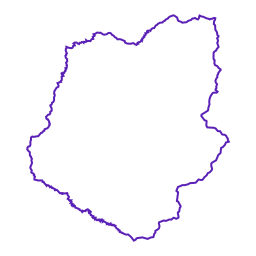 Mae Charim, Nan, Thailand
{"feature_id": "78962969B26100393225543", "entity_name": "Mae Charim", "entity_type": "district", "adm_level": 2, "iso_a3": "THA", "parent_name": "Thailand", "parent_adm1": "Nan", "projection": "orthographic", "projection_center": [101.038, 18.711], "detail": "fine", "context": "isolated", "style": "outline", "palette": "violet", "viewbox_px": 256, "rotation_deg": 0, "n_neighbors": 0, "source": "geoboundaries", "source_scale": "gbopen_adm2", "svg_char_len": 5683}
<svg xmlns="http://www.w3.org/2000/svg" viewBox="0 0 256 256"><path d="M173.1,15.4L169.6,16.7L168.3,17.8L168.1,18.4L165.5,19.7L165.2,20.5L163.4,21.4L162.5,22.5L160.1,22.7L157.8,23.9L157.3,24.7L155.6,25.6L154.2,28.1L152.6,28.2L151.2,29.3L150.4,30.9L149.3,30.5L148.5,30.9L147.9,30.6L147.3,30.8L147.0,31.7L147.8,32.4L147.0,32.6L146.6,33.2L145.4,33.2L145.7,34.7L145.1,35.4L144.3,35.4L144.4,36.7L143.6,36.9L143.7,37.6L143.0,38.3L142.2,38.5L142.3,39.8L141.6,39.9L141.8,41.1L141.1,40.9L139.8,42.1L138.3,42.3L137.5,43.0L138.1,43.8L136.8,44.2L136.5,44.9L135.2,44.4L133.4,43.1L130.3,43.8L127.0,43.5L125.0,42.5L124.8,41.1L120.9,39.4L119.7,39.2L117.4,39.3L116.3,37.8L115.0,37.3L113.4,35.5L112.0,34.9L111.1,33.5L109.9,32.9L108.4,33.0L106.9,34.1L104.8,34.7L103.0,34.4L100.6,32.7L99.6,32.9L98.1,32.6L96.8,32.7L95.6,33.6L93.6,34.2L94.7,35.6L94.4,36.1L93.7,36.2L92.7,36.8L93.3,38.9L91.6,39.2L90.4,41.1L88.7,40.9L87.7,41.2L86.2,40.2L86.4,41.3L85.8,42.0L84.0,41.8L83.7,42.8L83.1,42.2L81.8,42.0L81.1,42.8L79.7,42.8L79.0,44.1L77.7,43.5L76.6,42.5L74.8,42.5L73.5,43.4L74.4,44.3L74.8,45.5L73.2,45.8L72.6,47.6L71.6,48.2L68.9,47.8L66.4,46.8L66.5,48.3L65.9,48.7L65.7,50.5L66.9,53.5L66.1,54.1L66.2,55.2L65.4,55.9L65.8,57.8L67.1,59.1L67.2,61.4L66.0,62.8L66.9,64.9L66.5,65.3L66.9,66.0L66.7,67.7L65.5,68.1L66.2,69.0L65.5,69.7L65.6,70.8L65.0,71.0L65.0,71.5L64.3,72.0L64.2,73.0L63.4,73.4L62.4,72.8L61.5,73.4L61.7,74.1L63.1,75.0L63.5,75.9L62.1,76.2L62.1,76.7L61.6,76.9L61.9,79.8L60.6,81.3L61.0,81.9L57.5,83.0L58.6,85.7L58.3,86.9L56.6,87.6L54.4,91.2L54.1,93.8L54.7,94.5L54.7,95.8L54.0,97.3L54.1,100.4L53.3,102.0L52.1,102.6L51.6,104.6L50.4,105.2L50.5,106.4L51.6,108.1L51.7,110.7L50.2,111.9L50.3,113.5L49.6,114.4L48.2,114.7L46.0,116.9L46.5,118.8L48.0,119.4L48.1,120.1L48.6,120.4L49.3,121.9L49.1,122.7L49.8,123.5L49.3,124.4L49.7,124.9L48.1,127.6L46.7,128.6L44.6,129.2L44.3,130.8L43.2,131.1L42.3,132.6L41.0,132.9L38.3,136.1L33.5,136.9L32.3,136.5L31.0,137.5L31.0,140.0L30.4,141.3L30.4,145.0L29.7,146.3L28.2,146.6L27.4,147.7L27.5,148.5L27.2,149.2L28.0,150.5L29.8,152.2L29.9,155.5L31.1,156.7L31.2,157.9L31.9,158.7L31.4,160.6L32.1,162.9L30.3,167.2L30.6,168.6L31.8,170.5L31.3,172.4L32.6,173.3L33.4,173.5L34.2,174.6L33.8,175.4L35.0,176.6L34.4,177.9L34.4,179.5L38.2,180.5L42.1,180.4L42.6,181.1L42.5,181.9L44.0,182.2L44.4,183.4L46.0,184.7L46.1,185.2L46.6,185.2L46.7,185.6L47.2,185.1L48.3,185.3L48.4,185.7L49.3,185.9L49.9,187.2L51.2,186.6L51.7,187.8L52.4,187.7L52.6,188.1L53.0,188.0L54.1,188.7L54.6,189.5L55.1,189.4L55.1,190.2L56.9,189.9L60.0,193.3L61.1,193.0L62.2,194.0L62.9,193.8L62.9,193.2L65.0,193.5L67.1,193.0L67.5,193.6L67.4,194.6L69.0,197.0L67.7,198.9L68.9,199.6L69.1,200.2L70.9,200.3L70.1,201.1L70.7,201.7L71.2,201.3L71.5,201.5L71.6,202.3L71.0,202.9L71.6,202.9L72.2,203.8L71.5,204.8L71.8,205.6L72.2,205.6L73.1,204.3L73.5,204.3L73.8,204.8L73.5,206.3L75.0,206.1L75.3,207.6L78.0,208.5L78.7,209.1L79.5,209.2L79.7,210.0L81.5,210.9L82.1,211.9L82.7,210.8L83.4,211.3L84.1,210.9L85.6,211.1L85.9,210.1L87.7,209.3L88.7,210.4L88.4,210.8L88.9,212.6L89.4,212.1L90.1,212.0L90.0,211.1L90.8,211.8L89.8,213.3L90.9,214.5L90.8,215.2L93.2,216.1L92.4,217.3L93.1,218.0L94.1,217.7L94.4,218.4L94.6,217.6L95.7,217.6L95.6,219.4L96.9,220.2L97.5,219.7L98.6,219.6L98.5,220.2L99.4,220.4L100.1,221.2L100.4,219.9L101.3,220.6L101.5,219.7L101.8,219.5L102.0,220.1L102.6,220.2L102.2,220.6L103.2,221.0L103.0,221.7L103.7,221.3L105.1,222.0L106.8,223.2L106.8,223.7L107.2,223.4L107.5,223.9L108.4,223.6L108.6,224.4L109.0,224.1L109.5,224.4L110.5,223.6L110.6,224.5L111.1,224.2L111.5,224.6L112.3,224.3L111.8,224.8L112.7,224.8L112.5,225.3L113.2,225.4L113.4,224.9L114.5,225.2L114.7,225.7L115.5,225.8L115.3,226.6L116.7,228.5L118.6,229.6L118.5,230.4L119.8,230.6L119.8,232.0L121.5,232.3L121.6,232.8L122.9,233.1L124.4,234.1L126.3,234.6L128.2,234.5L131.0,236.9L133.9,240.6L135.6,239.7L136.5,238.4L137.3,238.1L142.3,237.4L147.7,238.9L150.6,237.5L153.4,237.1L154.3,233.8L155.4,232.5L155.4,230.8L157.7,229.5L159.0,228.3L159.5,226.2L158.8,223.1L159.2,222.2L163.9,220.5L166.0,220.9L169.3,219.5L171.4,219.6L173.4,217.8L174.3,217.9L176.2,218.8L178.1,217.9L178.6,217.1L177.8,212.9L178.0,212.3L179.2,211.5L179.8,207.8L180.6,206.8L180.6,206.1L178.2,201.6L176.9,201.1L178.1,192.5L177.7,191.8L176.6,191.3L176.4,190.9L178.0,186.9L180.2,186.2L182.3,185.1L184.9,185.1L188.0,184.3L189.8,183.2L195.2,182.8L195.9,182.5L198.5,179.5L201.0,180.0L202.2,179.9L202.9,179.4L204.4,177.2L206.7,175.3L207.7,173.2L209.9,172.2L211.8,170.0L212.1,168.5L211.3,166.3L211.3,163.5L212.3,162.5L216.1,160.3L218.2,155.1L220.5,153.1L221.1,147.9L222.8,147.1L224.9,144.9L225.9,142.5L228.8,141.7L227.8,140.0L227.8,138.5L226.9,137.5L226.1,135.7L224.4,134.7L222.7,134.6L222.0,134.3L220.1,131.2L217.8,131.1L215.7,128.5L214.1,127.8L207.3,127.4L206.3,125.5L206.6,121.1L206.0,120.6L204.6,120.3L201.3,116.0L201.6,114.6L207.8,110.7L208.1,110.2L208.4,107.6L209.5,104.4L209.2,101.9L209.6,98.8L210.6,96.1L212.6,93.1L213.5,92.7L216.7,92.7L217.6,91.6L215.5,89.9L215.6,89.2L216.5,88.0L216.2,86.6L217.1,84.2L215.8,82.6L215.4,80.8L216.4,78.4L217.3,77.4L217.3,75.3L218.1,74.3L218.3,72.9L220.7,69.9L220.6,69.4L218.7,68.0L217.3,66.1L215.2,65.2L214.4,63.7L214.6,60.1L214.0,59.7L213.5,58.6L213.6,52.7L214.2,51.8L216.2,50.5L216.5,49.4L218.6,46.9L217.2,42.9L217.8,41.6L218.0,40.2L217.1,38.2L218.4,36.8L218.5,36.0L217.3,34.9L217.0,32.4L215.3,29.5L215.1,25.3L213.8,24.0L214.2,21.0L215.0,19.8L215.3,18.2L213.9,17.9L211.9,18.9L211.0,18.8L209.8,19.4L208.1,18.6L206.6,18.4L203.2,16.7L201.5,16.5L199.6,15.5L199.2,16.2L199.1,17.8L198.0,19.4L197.2,19.3L194.9,17.9L193.6,18.5L192.4,18.5L191.0,20.0L188.6,20.7L186.4,22.2L182.4,22.7L180.8,21.7L178.5,21.0L177.7,19.8L177.2,17.6L174.1,15.5L173.1,15.4Z" fill="none" stroke="#5b21b6" stroke-width="2"/></svg>